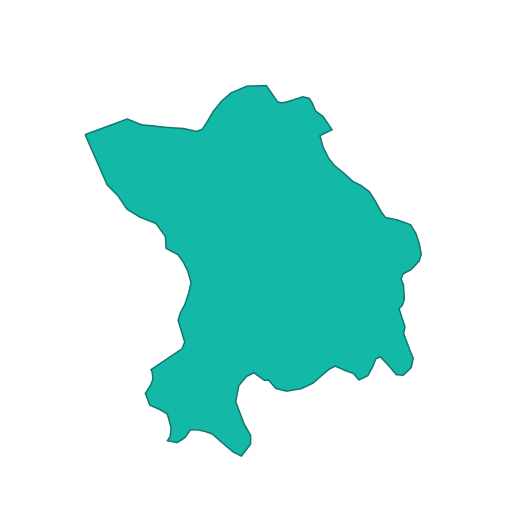 the district of Jeongseon-gun, Gangwon, South Korea, rotated 157°
{"feature_id": "91817680B94972366910411", "entity_name": "Jeongseon-gun", "entity_type": "district", "adm_level": 2, "iso_a3": "KOR", "parent_name": "South Korea", "parent_adm1": "Gangwon", "projection": "orthographic", "projection_center": [128.745, 37.366], "detail": "fine", "context": "isolated", "style": "filled", "palette": "teal", "viewbox_px": 512, "rotation_deg": 157, "n_neighbors": 0, "source": "geoboundaries", "source_scale": "gbopen_adm2", "svg_char_len": 1603}
<svg xmlns="http://www.w3.org/2000/svg" viewBox="0 0 512 512"><g transform="rotate(157 256 256)"><path d="M209.7,101.7L199.9,102.1L192.0,108.4L185.7,114.6L181.0,114.6L177.1,104.4L173.2,91.9L167.0,88.7L156.8,92.6L151.2,100.5L151.2,109.1L150.4,127.1L146.5,132.6L145.7,142.8L144.9,151.5L140.2,153.8L136.2,158.5L131.5,171.9L131.5,178.1L127.6,182.1L118.9,182.8L107.9,187.5L103.2,193.0L100.8,204.0L100.0,214.2L101.5,224.4L111.7,233.9L121.9,241.0L123.5,248.1L125.0,262.2L126.6,270.9L132.1,280.3L137.6,286.6L142.3,296.9L148.5,308.7L150.9,317.3L151.7,329.9L150.1,341.8L136.7,342.5L139.8,358.3L144.5,366.2L144.5,374.8L145.3,380.3L150.8,384.3L168.9,385.9L173.6,387.5L176.0,389.8L179.9,408.8L198.0,415.9L215.4,415.9L227.2,412.0L239.0,405.7L248.5,398.6L255.6,393.8L261.9,393.8L272.9,401.7L288.7,409.6L299.7,415.9L310.0,421.4L321.0,432.4L365.3,434.5L365.8,433.8L365.8,427.7L365.2,379.3L359.6,365.7L356.5,349.6L348.0,337.5L335.3,324.9L331.8,309.3L335.8,298.2L327.2,287.6L325.2,278.1L324.7,268.5L326.2,256.9L332.2,248.4L340.8,238.8L347.8,233.3L352.8,227.2L355.3,204.6L360.3,199.5L397.0,192.4L397.0,189.4L399.0,182.9L403.5,178.3L411.5,172.8L412.0,160.2L404.5,152.2L399.4,145.2L400.4,137.1L401.4,130.6L405.4,123.6L409.7,120.6L401.4,115.0L392.3,116.6L384.3,121.6L377.3,118.6L371.7,114.6L365.7,109.1L360.7,98.6L353.6,84.5L347.6,77.5L334.5,85.0L331.0,93.1L332.6,106.1L331.6,129.7L322.6,143.3L312.0,148.8L303.5,149.3L296.9,138.3L292.9,136.8L289.4,126.2L280.8,119.7L266.3,116.2L253.2,116.7L245.7,119.2L233.1,123.2L226.1,123.7L218.6,115.7L212.1,109.7L209.7,101.7Z" fill="#14b8a6" stroke="#0f766e" stroke-width="1.5"/></g></svg>